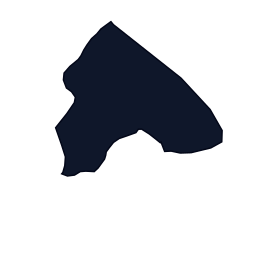 Dojran, Natural Earth projection, rotated 306°
{"feature_id": "MKD-3000", "entity_name": "Dojran", "entity_type": "Statistical Region", "adm_level": 1, "iso_a3": "MKD", "parent_name": "North Macedonia", "parent_adm1": "", "projection": "natural_earth1", "projection_center": [22.654, 41.217], "detail": "fine", "context": "isolated", "style": "filled", "palette": "ink", "viewbox_px": 256, "rotation_deg": 306, "n_neighbors": 0, "source": "natural_earth", "source_scale": "10m", "svg_char_len": 813}
<svg xmlns="http://www.w3.org/2000/svg" viewBox="0 0 256 256"><g transform="rotate(306 128 128)"><path d="M204.0,51.7L203.0,55.5L199.5,141.6L191.2,183.6L181.3,205.6L171.9,212.0L160.6,206.7L145.2,193.6L138.5,185.0L134.7,176.5L130.6,171.4L136.1,162.9L135.1,162.7L135.4,156.9L135.7,148.7L135.1,139.7L133.1,137.1L128.9,137.1L120.7,131.5L114.3,127.0L107.8,124.7L101.1,124.4L95.9,124.4L92.8,126.0L89.0,127.3L84.6,127.3L77.9,127.3L72.9,126.3L68.3,119.2L64.7,115.0L58.5,112.4L53.6,107.2L52.0,101.3L53.8,101.4L60.4,99.0L67.9,94.3L75.2,84.4L81.8,74.9L85.7,69.3L103.7,70.1L117.0,69.7L122.0,67.3L124.2,61.0L124.2,54.7L128.9,47.5L134.9,44.0L143.7,44.8L154.2,47.5L158.8,47.5L165.2,46.4L171.2,46.0L179.0,46.0L185.7,47.5L192.3,47.9L202.2,51.1L203.5,51.5L204.0,51.7Z" fill="#0f172a" stroke="#020617" stroke-width="1.5"/></g></svg>